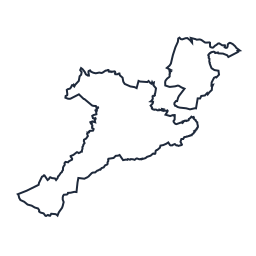 Muara Enim, Sumatera Selatan, Indonesia (Mercator projection), rotated 8°
{"feature_id": "22746128B32446581498560", "entity_name": "Muara Enim", "entity_type": "district", "adm_level": 2, "iso_a3": "IDN", "parent_name": "Indonesia", "parent_adm1": "Sumatera Selatan", "projection": "mercator", "projection_center": [104.014, -3.695], "detail": "fine", "context": "isolated", "style": "outline", "palette": "slate", "viewbox_px": 256, "rotation_deg": 8, "n_neighbors": 0, "source": "geoboundaries", "source_scale": "gbopen_adm2", "svg_char_len": 5768}
<svg xmlns="http://www.w3.org/2000/svg" viewBox="0 0 256 256"><g transform="rotate(8 128 128)"><path d="M51.6,223.1L53.1,223.9L56.3,224.3L58.4,226.4L59.1,226.5L60.7,225.3L61.7,225.4L62.1,225.8L63.1,225.7L63.9,223.6L68.1,223.4L69.3,223.7L70.4,224.5L71.2,221.2L73.8,216.2L74.2,214.2L74.6,210.3L73.3,207.9L73.0,205.7L73.2,204.1L73.8,203.0L76.7,202.4L77.5,201.5L77.6,200.6L80.2,200.1L83.7,198.7L85.9,198.6L85.6,189.0L85.8,184.4L91.8,184.3L95.3,182.0L95.6,182.1L95.3,182.0L98.4,177.7L99.5,177.0L101.6,176.6L103.6,174.4L104.5,174.1L105.7,173.0L106.5,173.1L107.4,171.4L109.4,170.4L110.5,168.2L112.5,167.0L112.8,166.3L112.5,164.9L113.1,163.4L112.7,161.8L112.9,161.2L117.9,159.7L119.7,157.3L122.2,156.7L123.4,155.9L127.6,160.5L130.5,159.5L131.7,159.6L132.2,158.8L134.4,159.1L135.1,158.4L137.4,158.3L139.0,158.6L140.5,157.1L141.1,156.9L143.6,157.4L146.0,156.5L146.0,157.0L149.5,155.4L150.9,153.9L154.2,152.3L156.2,150.0L157.0,149.7L157.5,150.0L158.4,149.8L158.6,149.5L158.6,146.8L159.3,145.9L160.1,145.6L162.3,143.1L162.6,140.9L165.3,140.0L168.2,138.2L169.9,136.7L171.9,139.0L172.6,139.3L174.3,139.0L174.8,138.4L176.6,137.4L178.3,138.5L179.4,138.3L180.3,138.7L183.5,137.4L183.7,136.9L181.9,134.4L182.4,131.5L184.2,131.2L185.0,129.2L187.2,128.5L187.4,128.2L188.3,128.1L189.0,127.5L190.3,127.2L190.7,126.5L192.1,126.3L192.3,125.4L193.7,124.2L193.8,123.3L194.4,122.9L194.2,122.3L195.2,121.4L195.3,120.9L195.0,120.9L196.1,119.9L195.9,119.4L196.6,118.6L196.5,118.0L197.0,117.6L197.0,116.4L196.0,113.9L195.8,112.7L195.0,112.3L194.0,111.3L194.0,110.9L192.3,110.0L191.5,109.2L191.8,108.5L191.4,107.9L190.0,108.5L189.2,108.0L188.0,109.8L187.0,110.6L187.0,111.8L186.1,112.4L184.6,112.6L184.6,112.9L183.4,112.8L183.0,113.3L182.6,113.2L181.2,113.9L181.7,114.9L181.1,115.5L180.4,115.0L179.7,115.2L175.5,117.4L174.8,117.4L173.8,117.0L172.4,115.6L172.1,114.8L173.0,113.2L172.5,108.7L172.3,108.7L172.4,109.5L172.1,109.6L170.6,109.0L168.1,110.3L163.3,109.6L164.8,106.2L164.9,105.5L164.5,105.1L163.5,105.8L162.5,105.5L161.6,105.9L160.2,105.5L160.7,104.5L159.1,104.4L159.7,106.0L156.4,105.4L156.3,106.1L154.8,106.4L153.3,105.9L151.9,106.0L151.5,106.3L149.5,105.9L148.9,105.1L149.1,104.8L148.9,104.3L147.3,102.7L148.8,100.7L149.2,99.4L148.9,98.9L149.0,98.5L146.8,98.5L147.6,97.7L148.5,95.6L147.9,93.2L148.4,92.6L149.6,92.5L150.1,91.9L149.8,90.5L150.1,89.7L150.2,84.8L147.3,82.2L147.3,79.4L146.1,80.2L145.5,79.3L145.2,80.9L144.1,80.5L141.8,78.6L140.8,79.8L133.5,80.3L131.9,79.9L131.0,87.3L128.8,86.6L124.5,86.5L118.6,84.8L116.9,82.8L115.6,78.9L112.6,77.0L111.9,75.2L111.4,75.3L109.9,76.3L107.9,76.5L107.5,75.9L107.7,74.8L107.3,74.0L106.6,73.8L104.7,74.5L104.2,74.3L103.5,74.9L102.5,74.4L101.6,74.9L101.1,74.8L100.6,73.3L100.1,73.3L98.7,74.1L97.8,74.3L95.0,76.8L94.0,77.2L91.8,77.1L88.5,78.3L86.0,78.1L83.6,77.4L82.4,76.2L81.1,77.1L81.0,78.0L82.0,81.5L81.1,81.7L78.8,80.7L77.3,78.4L74.7,76.0L73.2,75.2L72.6,77.3L74.3,79.1L74.2,81.8L72.9,83.5L72.7,88.2L69.7,92.5L69.3,93.6L68.6,93.0L68.6,94.1L67.3,93.2L66.6,93.4L65.8,95.9L65.0,97.1L62.9,98.0L62.1,98.8L63.2,102.9L63.2,104.0L61.8,105.0L61.8,106.7L64.2,107.3L65.7,107.3L66.9,107.0L74.7,101.5L80.1,105.4L80.8,105.4L89.3,110.7L90.6,110.9L93.1,110.7L94.0,112.1L95.4,111.7L95.6,112.1L95.2,112.7L94.0,112.6L94.5,114.0L93.3,115.0L93.5,115.3L94.4,114.9L94.8,115.3L94.2,116.2L94.8,118.8L92.0,120.0L90.9,121.0L91.9,123.1L94.1,123.2L94.3,122.8L94.6,123.0L94.5,124.1L93.8,124.5L94.7,126.9L91.8,126.4L89.9,127.5L90.1,127.8L90.5,127.7L90.6,128.5L91.5,128.6L91.3,129.3L92.3,130.3L92.5,131.0L92.2,131.8L92.5,133.0L94.0,133.6L94.1,134.3L93.7,135.5L90.5,136.2L89.9,136.9L90.1,137.5L89.8,138.0L88.6,138.1L88.8,138.5L88.3,139.5L89.4,141.5L88.0,144.3L86.1,145.7L86.1,147.2L87.1,149.0L86.1,150.7L86.1,152.0L85.5,153.2L85.8,154.7L85.5,156.7L85.6,157.8L84.9,157.9L84.2,158.7L82.7,159.7L81.4,159.1L80.7,159.1L77.6,162.3L75.1,163.7L75.2,164.3L76.9,166.0L77.0,167.1L74.1,169.2L73.5,170.3L70.8,170.3L70.0,171.7L70.4,172.7L70.3,173.8L69.7,174.6L69.2,176.1L69.4,178.9L68.9,179.6L68.6,181.0L67.7,181.8L66.2,184.9L65.5,185.6L65.2,187.5L64.0,189.5L62.7,188.1L59.7,188.2L58.0,187.6L57.4,187.9L57.0,189.2L55.6,190.7L51.9,186.6L51.4,186.5L50.6,187.6L49.6,188.2L47.5,194.7L47.4,196.7L36.4,204.2L28.1,208.9L28.9,209.6L30.0,212.4L31.5,214.3L35.5,215.5L39.2,217.8L43.4,218.3L46.7,219.7L50.1,220.2L51.5,221.8L51.6,223.1ZM165.3,32.4L165.4,35.7L163.7,41.5L162.3,49.6L161.5,58.2L160.5,60.4L158.1,63.1L162.1,64.5L161.2,64.9L161.2,65.2L162.6,66.0L162.3,66.3L161.2,65.9L162.0,68.4L161.6,68.9L162.1,70.9L161.8,71.7L159.9,73.6L158.6,75.8L158.4,77.4L159.0,80.7L163.2,81.5L164.1,81.4L168.8,80.2L171.3,79.1L172.4,79.1L175.4,80.4L178.5,81.2L174.0,89.2L173.4,91.0L172.9,94.5L171.8,94.6L170.5,96.7L170.6,98.0L171.7,99.5L172.5,99.4L174.1,100.3L176.3,100.6L182.9,100.4L186.8,100.9L191.6,99.1L192.6,99.1L192.9,89.0L195.3,88.7L196.1,86.1L199.6,85.1L201.5,82.4L202.3,83.6L203.6,81.3L205.7,78.7L205.5,75.7L206.1,73.5L204.7,74.2L204.5,71.2L206.2,66.3L207.8,65.3L208.5,65.6L210.7,62.5L209.6,58.7L205.5,58.6L202.5,57.2L202.0,56.5L199.9,52.7L200.0,52.0L199.3,51.2L199.0,48.1L198.1,47.3L198.1,45.6L197.4,45.0L197.4,44.3L198.6,42.5L199.2,42.4L199.8,41.4L202.3,40.5L203.3,40.7L203.7,41.5L204.2,41.6L206.5,40.7L206.8,41.4L207.3,41.5L211.7,41.1L216.2,42.2L217.5,43.7L226.2,37.5L226.5,37.2L225.8,36.4L227.9,35.7L224.1,33.6L222.8,32.2L220.0,30.3L217.6,29.5L216.6,29.6L215.4,30.9L215.2,31.5L215.3,33.6L214.8,34.7L214.4,34.9L213.4,35.0L212.4,34.5L212.7,33.2L212.4,32.6L209.9,33.0L206.5,31.5L205.5,31.8L203.8,33.6L202.9,34.2L201.2,36.4L200.3,36.7L198.4,36.4L197.9,35.7L197.3,32.1L196.8,31.9L193.4,32.6L192.3,32.6L188.4,30.6L186.7,30.3L183.7,31.0L182.5,30.6L177.8,30.1L179.2,32.6L179.6,34.6L177.1,32.3L174.2,30.7L172.5,31.1L169.3,32.7L167.9,32.6L166.4,31.4L165.3,32.4Z" fill="none" stroke="#1e293b" stroke-width="2"/></g></svg>